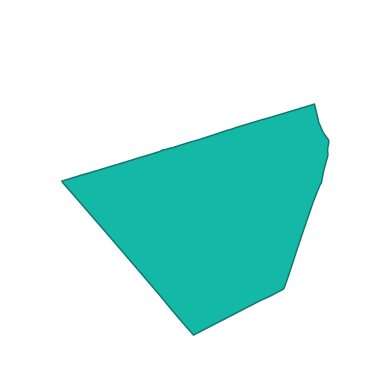 Sanislau, Satu Mare, Romania, rotated 24°
{"feature_id": "2599482B60287900413907", "entity_name": "Sanislau", "entity_type": "district", "adm_level": 2, "iso_a3": "ROU", "parent_name": "Romania", "parent_adm1": "Satu Mare", "projection": "orthographic", "projection_center": [22.392, 47.656], "detail": "fine", "context": "isolated", "style": "filled", "palette": "teal", "viewbox_px": 384, "rotation_deg": 24, "n_neighbors": 0, "source": "geoboundaries", "source_scale": "gbopen_adm2", "svg_char_len": 991}
<svg xmlns="http://www.w3.org/2000/svg" viewBox="0 0 384 384"><g transform="rotate(24 192 192)"><path d="M251.6,322.1L253.3,319.9L274.7,293.2L298.0,264.1L307.1,253.7L315.1,243.4L315.2,241.7L314.1,228.2L311.6,204.1L309.6,183.5L306.7,150.9L306.5,146.2L306.3,141.5L306.1,133.5L306.5,130.7L306.0,129.3L304.9,124.5L303.6,118.5L302.3,110.6L301.4,103.7L300.9,102.5L298.5,97.9L296.8,91.0L295.4,88.8L287.8,84.5L279.1,76.5L278.1,74.9L277.9,74.6L275.2,71.1L273.9,69.4L269.9,64.2L268.9,62.9L268.1,61.9L230.5,94.3L227.3,96.8L220.5,102.7L213.9,108.3L206.0,115.2L202.7,118.4L201.4,119.5L198.2,122.1L190.2,129.5L185.3,133.9L176.5,141.8L168.6,148.4L163.0,153.3L156.5,159.2L152.9,161.8L150.5,164.1L148.1,165.4L147.1,166.8L146.9,167.7L146.4,167.8L144.0,169.9L135.2,177.6L128.9,182.9L120.0,190.8L108.7,200.5L102.6,205.8L92.7,214.3L85.2,220.6L68.8,234.9L69.8,235.9L88.0,244.3L135.5,266.6L177.2,286.4L208.5,301.4L219.7,307.1L235.4,314.6L251.6,322.1Z" fill="#14b8a6" stroke="#0f766e" stroke-width="1.5"/></g></svg>